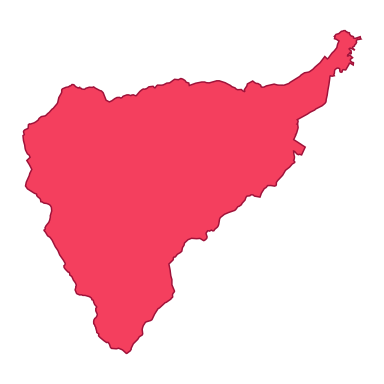 Slatina, Suceava, Romania
{"feature_id": "2599482B74228482681233", "entity_name": "Slatina", "entity_type": "district", "adm_level": 2, "iso_a3": "ROU", "parent_name": "Romania", "parent_adm1": "Suceava", "projection": "mercator", "projection_center": [25.97, 47.412], "detail": "fine", "context": "isolated", "style": "filled", "palette": "rose", "viewbox_px": 384, "rotation_deg": 0, "n_neighbors": 0, "source": "geoboundaries", "source_scale": "gbopen_adm2", "svg_char_len": 5746}
<svg xmlns="http://www.w3.org/2000/svg" viewBox="0 0 384 384"><path d="M360.6,38.6L360.2,36.7L355.2,38.4L353.8,38.1L353.5,37.9L353.5,36.9L353.3,36.6L352.0,36.1L351.4,36.2L349.8,34.5L349.5,33.9L349.5,33.0L349.2,32.7L347.3,32.5L346.8,31.7L346.0,31.6L345.2,30.6L343.8,30.6L342.4,31.2L341.4,31.3L338.8,33.6L336.0,34.4L334.4,36.4L335.0,36.6L334.5,38.7L336.4,39.3L339.0,41.0L337.6,44.2L336.8,47.7L334.2,51.0L332.0,53.1L328.3,58.2L327.3,58.9L324.8,56.5L320.1,62.7L315.0,67.1L313.0,69.2L309.8,71.5L308.6,72.1L304.5,72.8L301.2,74.9L299.6,76.5L289.9,82.5L289.0,83.4L284.0,85.2L277.9,85.1L274.1,84.1L266.3,85.9L264.0,87.1L262.1,87.2L261.1,86.7L260.9,86.3L260.8,85.4L260.3,84.9L257.9,83.5L256.2,83.4L255.0,82.8L252.7,81.0L247.4,83.9L246.8,86.0L244.4,89.6L244.8,91.2L244.3,91.6L242.6,90.7L241.3,89.5L237.8,89.7L237.0,89.5L235.7,88.7L235.1,87.9L231.9,86.7L230.5,85.5L225.1,82.7L219.3,80.8L216.7,80.8L209.2,82.9L206.5,82.7L204.6,82.0L201.8,82.0L195.7,83.2L189.3,85.5L188.8,83.0L186.3,82.3L185.0,80.5L182.8,79.1L180.9,78.5L178.4,79.7L174.6,79.3L169.6,82.9L166.8,83.1L163.3,84.9L161.3,85.2L157.6,85.1L156.7,85.7L155.1,87.8L154.4,87.7L153.1,86.3L148.9,86.8L146.6,88.6L144.6,89.2L143.2,89.0L141.7,89.9L139.8,91.5L136.3,95.6L135.4,95.7L133.3,94.8L131.6,95.1L130.9,95.6L128.6,94.9L126.8,94.9L123.5,96.1L122.8,96.5L122.5,97.1L121.9,97.6L121.2,97.9L120.5,98.0L119.6,97.4L117.0,97.5L114.8,98.6L111.8,100.8L109.3,101.9L106.1,100.2L103.2,92.8L101.9,91.4L101.1,90.8L100.1,90.6L95.3,88.1L94.1,87.2L93.6,86.9L92.3,87.4L89.3,87.2L85.8,88.3L84.6,89.3L83.0,89.2L81.8,89.0L81.3,88.4L80.1,88.1L79.7,87.3L78.2,88.0L75.7,86.7L73.8,84.7L72.0,84.5L70.7,85.8L69.5,86.0L69.0,86.6L67.9,87.0L66.0,87.3L62.7,88.7L61.9,89.4L61.7,90.2L61.7,92.2L61.3,93.2L58.8,97.6L57.7,102.6L57.1,103.7L53.2,108.4L52.0,109.2L49.2,112.4L47.4,113.8L46.6,114.8L45.1,115.9L41.3,116.6L39.1,118.4L38.1,120.1L35.6,122.0L33.7,123.0L30.1,124.1L29.4,123.9L28.4,124.7L28.2,127.9L27.8,128.5L24.9,129.8L23.9,130.7L23.5,131.6L23.6,132.3L24.3,134.6L23.0,135.6L23.1,136.9L23.5,140.7L24.7,145.1L25.1,148.3L25.6,150.2L27.4,153.8L29.2,155.2L30.1,157.3L26.8,160.5L29.4,164.7L31.8,169.4L29.8,173.4L29.2,175.7L26.3,182.1L25.5,186.0L27.5,188.9L34.3,193.2L36.6,194.1L36.8,195.7L38.2,197.2L39.7,198.3L40.5,199.5L40.8,201.7L42.2,202.0L43.9,203.1L46.7,203.5L48.8,204.3L50.3,205.4L51.4,207.4L51.7,211.0L50.2,216.0L50.4,216.9L49.7,220.1L48.8,222.3L46.0,225.8L45.0,227.8L45.3,228.8L44.7,229.8L44.0,230.1L44.1,230.6L45.4,232.1L47.6,235.8L50.1,237.4L52.2,240.3L55.3,246.7L57.9,250.5L59.7,254.9L63.4,260.2L65.2,263.4L65.1,264.3L64.8,265.0L63.9,265.8L64.1,267.5L65.3,269.2L68.1,272.1L69.1,272.3L69.5,273.0L69.9,275.2L71.2,276.0L72.0,276.9L73.4,280.1L75.3,282.7L76.3,285.0L76.2,285.8L75.8,286.3L75.8,287.4L75.1,289.9L76.5,293.3L77.0,293.8L79.6,294.9L81.6,294.8L82.9,295.4L85.1,295.4L89.9,296.8L90.2,297.3L91.2,297.9L91.7,298.6L91.9,299.7L93.0,300.1L93.3,300.5L93.8,302.5L94.7,304.6L96.6,306.7L96.7,307.1L95.8,308.4L95.8,310.9L97.1,313.8L97.3,314.4L97.2,315.2L96.6,316.6L95.7,317.8L94.8,318.4L93.9,320.0L93.6,322.0L93.8,323.1L93.7,323.7L94.6,324.8L95.1,326.4L95.8,327.4L95.8,328.2L96.7,331.3L96.8,332.5L98.8,334.0L98.6,335.2L98.6,335.9L100.2,337.6L103.8,340.6L106.5,342.5L108.2,342.4L109.4,344.2L110.5,347.4L111.5,348.4L116.4,348.8L118.6,348.2L122.5,349.9L126.3,353.4L127.0,353.3L130.3,350.8L131.2,349.2L131.2,348.2L133.3,343.8L137.7,339.4L139.3,336.8L142.2,335.0L142.7,333.9L142.2,329.5L142.6,327.6L143.3,325.6L145.3,322.5L146.3,321.8L150.7,320.5L152.0,319.6L154.6,314.1L158.1,308.6L159.4,308.0L165.1,302.7L166.3,302.3L170.9,299.1L171.4,298.1L172.4,297.5L172.7,296.9L172.5,295.5L172.6,294.4L172.9,293.6L174.3,291.8L174.5,291.1L171.9,284.8L171.9,279.6L170.8,275.8L170.1,270.1L168.9,264.0L173.0,260.0L173.3,259.2L173.4,257.6L174.1,257.0L174.9,257.1L175.7,256.5L177.3,254.3L180.4,252.5L181.8,251.2L182.5,247.6L184.0,245.3L184.5,243.0L188.0,239.7L191.5,238.3L196.7,238.7L199.9,238.4L203.6,240.6L204.5,240.4L205.9,239.3L206.8,238.2L207.1,236.9L206.1,233.8L206.1,233.1L207.5,231.0L207.9,230.7L209.6,231.1L211.3,230.1L212.9,230.9L213.9,230.7L214.8,229.3L217.4,227.1L218.3,225.7L218.8,223.9L219.6,219.0L220.4,217.5L224.4,214.3L228.6,212.5L234.7,210.4L235.7,209.6L237.8,206.7L239.3,206.2L241.4,204.7L242.0,203.4L245.0,200.1L245.9,197.4L247.0,196.1L249.9,195.8L250.5,195.1L251.9,194.7L253.1,195.0L254.5,196.1L260.0,197.1L261.4,193.2L262.5,191.4L264.3,188.6L266.1,187.5L267.6,185.6L270.8,185.5L274.6,186.1L275.9,185.6L276.3,184.9L276.4,182.4L277.6,180.6L282.6,175.3L285.5,170.3L289.6,167.1L292.3,164.0L294.6,162.6L294.8,162.0L293.6,160.2L294.1,159.5L294.3,158.6L294.5,156.9L293.9,154.4L293.6,151.1L294.6,151.4L296.8,153.9L297.7,154.4L298.4,154.7L299.4,154.3L301.6,154.9L305.2,147.1L293.7,139.6L295.9,134.9L295.6,134.7L296.6,133.1L298.0,128.2L298.1,127.4L297.7,124.6L297.0,124.1L297.7,123.7L297.6,122.8L298.0,122.1L298.1,121.0L297.2,119.7L307.4,114.1L310.2,112.2L314.7,110.0L315.7,109.0L322.2,105.7L324.9,103.4L325.9,102.0L326.1,100.9L326.2,99.5L327.2,95.1L327.8,90.7L328.9,84.7L329.8,78.2L329.8,77.2L330.3,75.8L332.1,76.2L334.3,75.7L333.8,74.8L334.4,73.2L334.5,71.2L334.9,69.7L336.7,68.3L337.9,68.0L339.3,68.5L339.7,69.0L339.8,70.9L340.1,71.8L341.1,72.3L342.2,71.8L342.1,71.1L342.8,69.9L343.9,69.6L345.1,70.0L345.8,69.8L348.8,64.7L349.4,63.3L350.4,63.3L353.2,65.0L353.5,62.8L353.4,62.6L351.7,62.1L350.6,61.0L350.3,60.3L350.5,59.2L352.6,57.7L350.2,55.4L349.0,55.4L347.9,56.1L347.5,55.9L347.8,54.8L348.9,54.7L348.7,54.2L349.8,52.8L350.7,53.8L351.2,53.6L351.3,52.7L351.1,52.0L351.2,51.0L349.3,49.3L349.1,48.9L350.1,48.1L353.2,49.3L354.1,50.0L354.4,49.6L352.7,48.2L352.5,47.6L353.2,46.7L354.4,46.1L354.8,44.8L355.8,43.9L356.6,42.3L356.3,41.4L356.5,40.5L357.6,39.3L358.6,39.5L361.0,39.0L360.6,38.6Z" fill="#f43f5e" stroke="#9f1239" stroke-width="1.5"/></svg>